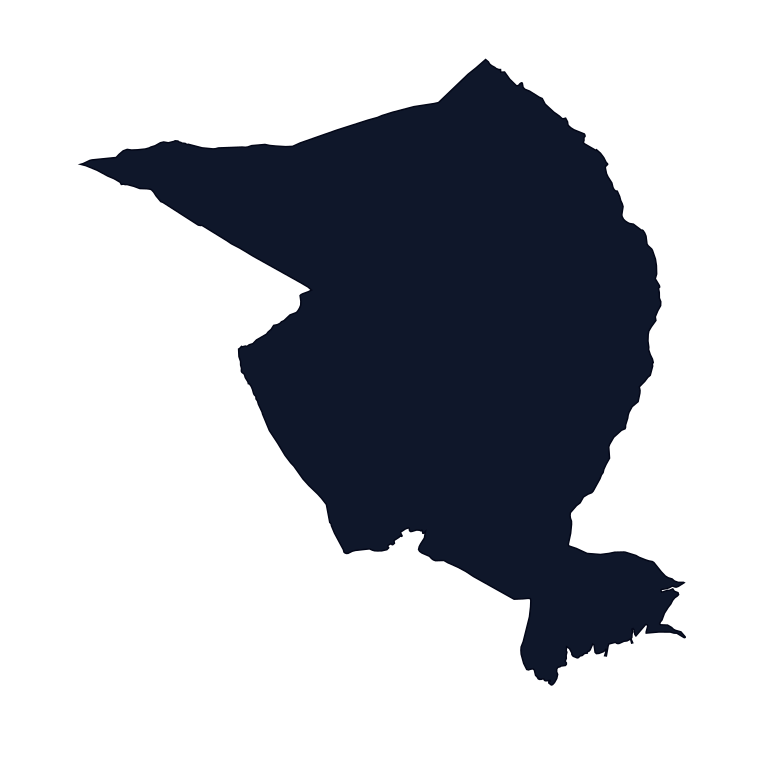 Poplaca, Sibiu, Romania (Equal Earth projection), rotated 265°
{"feature_id": "2599482B75853154347523", "entity_name": "Poplaca", "entity_type": "district", "adm_level": 2, "iso_a3": "ROU", "parent_name": "Romania", "parent_adm1": "Sibiu", "projection": "equal_earth", "projection_center": [24.032, 45.739], "detail": "fine", "context": "isolated", "style": "filled", "palette": "ink", "viewbox_px": 768, "rotation_deg": 265, "n_neighbors": 0, "source": "geoboundaries", "source_scale": "gbopen_adm2", "svg_char_len": 6117}
<svg xmlns="http://www.w3.org/2000/svg" viewBox="0 0 768 768"><g transform="rotate(265 384 384)"><path d="M159.9,665.7L160.3,665.1L160.8,659.7L162.4,656.2L164.7,654.0L166.2,650.2L168.2,647.5L172.7,643.9L182.6,637.3L183.7,635.9L184.7,632.4L186.0,629.3L189.2,622.9L191.2,620.1L195.4,609.8L195.7,608.4L196.3,599.1L195.6,593.2L195.3,584.8L197.5,571.6L203.4,561.3L206.6,554.0L208.2,553.6L218.9,556.9L227.9,558.6L231.0,558.8L234.1,558.0L236.9,557.9L239.6,558.5L246.1,565.2L248.5,569.0L254.0,572.8L256.4,577.4L257.6,581.4L259.0,583.0L270.8,590.9L274.5,592.7L276.6,594.5L279.9,595.6L284.5,598.2L290.4,602.2L301.7,602.4L304.2,603.5L310.9,608.2L317.2,616.5L318.4,620.2L319.6,620.8L322.1,621.1L328.7,623.8L331.7,624.5L334.4,625.6L339.8,629.2L344.3,635.6L352.6,638.1L355.2,638.5L358.9,638.1L363.9,644.0L367.6,647.3L369.5,650.0L378.4,653.2L380.6,653.1L382.0,654.1L385.4,653.6L390.1,651.8L395.2,650.6L397.6,651.0L403.8,650.7L410.3,651.5L413.6,652.4L417.7,655.3L423.6,660.4L427.3,660.1L433.2,663.2L437.9,666.4L441.9,666.9L445.6,665.8L451.2,666.2L455.3,665.8L456.6,667.1L458.1,666.9L465.2,663.4L469.8,665.2L478.2,665.7L484.8,665.3L493.7,663.1L495.2,662.4L498.8,659.1L500.6,658.2L508.5,657.9L511.9,656.8L514.2,655.5L514.8,654.8L514.8,653.8L521.5,646.4L522.5,642.6L523.5,640.9L525.3,638.6L527.3,636.9L530.3,635.7L532.1,635.7L539.9,637.6L542.9,637.0L546.2,635.8L550.3,635.1L555.8,633.2L556.2,631.4L557.7,630.1L559.9,629.2L564.5,628.5L570.8,625.2L574.1,624.0L580.3,623.3L581.6,623.9L583.2,625.9L584.2,625.8L585.0,624.8L590.3,622.7L595.0,619.8L598.9,616.1L598.3,615.4L605.8,604.7L607.2,603.6L609.3,604.5L612.2,604.7L613.0,605.8L614.2,605.9L615.6,605.4L620.7,595.4L623.0,592.4L625.3,590.3L626.4,589.8L629.2,589.7L633.0,588.1L632.6,585.8L632.9,584.5L635.6,582.1L640.1,576.8L648.8,568.9L654.6,566.5L656.2,563.6L663.1,554.5L665.3,550.1L667.4,548.4L671.7,548.0L672.1,547.1L671.2,545.5L670.0,544.4L669.5,543.2L669.6,541.9L676.7,535.8L684.3,531.3L684.4,527.5L687.1,527.5L687.2,525.9L688.5,523.2L689.8,521.9L691.8,518.9L693.7,517.0L695.8,516.1L698.4,513.5L690.8,503.1L685.3,494.8L659.6,462.8L659.0,458.2L657.7,438.0L654.0,416.3L651.6,405.4L650.1,400.8L648.3,391.1L641.0,358.9L631.4,321.4L628.7,313.7L629.0,306.8L630.5,296.8L631.6,290.9L633.0,286.3L633.0,272.9L632.0,268.9L631.9,266.5L632.4,263.3L633.6,239.5L633.1,236.8L633.1,234.3L635.1,223.4L639.9,209.9L639.7,208.6L641.0,206.9L641.6,203.6L642.5,202.5L642.5,201.6L644.0,199.9L644.5,197.1L644.0,196.0L643.1,190.2L644.3,185.6L643.8,182.2L641.3,176.7L640.3,172.1L639.7,170.9L638.9,166.6L638.8,158.6L639.1,152.8L640.1,148.6L639.0,144.5L635.8,140.0L633.0,136.9L632.7,112.7L632.4,110.5L629.8,103.5L629.3,100.9L627.5,106.0L622.0,116.7L615.2,127.0L612.1,132.9L608.0,138.7L605.7,139.7L605.8,142.0L605.2,143.5L605.1,145.5L602.7,152.1L600.0,157.8L599.2,164.6L598.6,167.4L597.9,169.2L595.2,171.3L591.3,173.3L585.2,177.5L584.1,179.7L558.5,212.8L557.9,215.0L557.9,216.5L540.8,239.5L537.0,244.2L532.0,252.1L522.6,265.0L492.6,309.2L487.3,316.7L483.9,320.0L482.6,316.9L481.0,311.0L480.3,309.2L479.4,308.1L473.7,308.4L469.8,307.9L467.2,306.6L464.8,304.9L463.3,303.5L462.7,302.5L461.0,296.4L455.8,289.8L454.9,287.2L453.7,286.0L453.0,284.5L452.4,282.9L452.0,279.2L448.2,276.3L445.9,273.1L443.9,271.3L439.0,260.8L435.6,256.9L434.8,253.1L433.6,251.2L433.5,250.1L433.9,249.3L433.4,246.1L433.9,245.3L432.0,243.3L431.5,242.2L423.9,241.9L418.9,243.1L415.4,242.8L412.2,243.4L409.3,243.0L408.1,243.4L405.9,245.7L402.4,246.4L398.1,248.6L396.1,248.9L395.9,250.0L393.0,251.6L390.1,252.5L386.2,253.2L384.7,253.7L382.7,255.3L380.3,255.2L378.1,256.5L374.8,257.1L366.6,260.1L364.6,260.4L347.5,265.8L334.2,273.0L321.5,279.2L313.6,284.2L310.1,287.0L296.3,295.1L289.3,300.4L280.4,308.2L275.8,311.7L269.0,316.1L250.8,317.9L249.4,319.1L247.3,319.3L239.7,321.7L222.5,329.1L220.0,329.5L219.1,330.4L218.5,331.7L218.4,333.3L220.2,337.9L220.7,341.0L221.0,353.6L221.0,355.3L219.5,357.9L218.7,360.1L218.3,362.9L218.0,367.2L218.7,372.4L220.4,374.4L221.7,373.7L222.6,373.8L223.2,374.5L224.3,377.1L223.2,378.1L223.2,378.8L224.4,380.5L227.2,380.3L230.0,385.6L231.1,386.7L230.7,388.3L231.1,388.8L234.2,387.6L235.1,387.8L237.8,392.8L238.6,396.0L238.0,396.5L235.6,396.7L234.7,397.6L234.7,398.9L235.7,403.8L235.2,406.7L234.5,408.0L235.0,408.6L234.8,409.3L231.9,409.7L231.8,410.4L233.6,412.5L227.0,410.8L221.3,406.4L218.9,404.9L216.1,404.0L214.2,404.9L212.3,407.1L208.4,414.3L206.0,416.1L204.5,417.8L203.5,419.9L203.0,428.3L200.4,432.0L195.2,441.4L190.2,449.1L184.4,456.4L158.3,494.8L157.9,503.7L157.9,509.0L157.5,511.1L155.5,511.4L149.2,510.6L139.4,508.6L115.1,500.2L110.1,497.7L106.9,497.2L102.9,497.1L93.5,498.8L87.2,501.3L86.6,503.0L87.1,505.1L87.3,507.4L86.1,508.8L80.5,509.6L77.8,512.0L78.0,511.4L76.8,512.0L76.2,513.1L76.1,514.9L76.5,516.7L76.0,517.6L74.7,518.1L74.2,519.3L74.2,523.7L73.3,523.6L73.2,522.3L71.8,522.1L69.6,524.4L69.8,525.7L71.7,527.8L75.5,530.4L79.6,531.7L82.3,530.9L85.2,531.3L86.7,532.7L86.9,534.6L87.6,535.7L87.8,540.2L88.8,541.2L90.2,541.4L92.1,540.3L94.7,541.7L97.8,541.8L100.9,542.8L102.6,542.3L106.4,543.0L104.3,545.7L99.8,547.6L98.0,547.6L96.3,548.7L94.3,552.6L94.5,553.9L95.9,555.4L96.3,557.9L98.1,560.3L98.2,563.1L99.7,563.5L100.1,565.1L101.2,566.2L106.7,569.2L105.8,570.5L98.3,570.9L96.9,572.1L96.9,574.7L98.2,579.2L99.3,580.9L101.1,582.2L97.7,581.6L94.1,580.1L93.7,581.8L103.4,584.4L105.4,585.3L106.5,592.0L105.5,593.1L105.0,594.4L105.1,595.8L106.8,600.6L106.9,603.7L108.5,607.4L104.3,608.1L104.5,609.2L108.6,607.9L109.9,608.8L113.5,609.3L115.2,610.1L118.2,609.7L118.7,610.8L117.4,611.6L112.5,612.1L111.1,613.0L121.7,623.8L121.3,625.0L119.8,625.6L114.0,623.5L113.0,623.5L113.0,636.4L111.9,647.7L110.6,651.1L110.2,654.0L105.3,660.7L105.1,661.5L105.4,662.0L105.9,662.0L111.2,658.2L113.2,652.9L114.4,651.0L116.4,649.3L119.1,645.5L120.0,638.5L121.1,637.7L122.9,638.6L124.6,640.3L131.2,643.4L136.7,647.6L139.8,650.5L143.2,652.6L145.6,654.9L147.3,657.8L148.5,659.1L150.5,658.7L152.2,655.2L154.7,653.8L153.5,650.2L153.7,648.4L152.6,643.5L152.6,642.4L154.4,641.8L155.1,642.5L155.6,647.9L156.2,650.4L157.6,653.7L156.4,656.2L156.2,657.6L156.7,659.5L159.9,665.7Z" fill="#0f172a" stroke="#020617" stroke-width="1.5"/></g></svg>